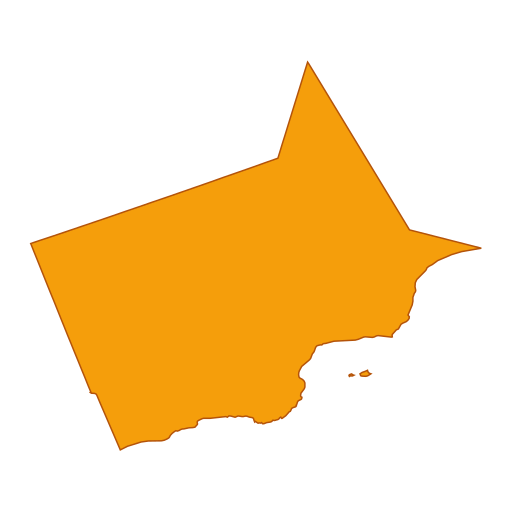 SVG path tracing the border of Dhofar
{"feature_id": "OMN-2411", "entity_name": "Dhofar", "entity_type": "Province", "adm_level": 1, "iso_a3": "OMN", "parent_name": "Oman", "parent_adm1": "", "projection": "albers", "projection_center": [54.841, 18.87], "detail": "fine", "context": "isolated", "style": "filled", "palette": "amber", "viewbox_px": 512, "rotation_deg": 0, "n_neighbors": 0, "source": "natural_earth", "source_scale": "10m", "svg_char_len": 3204}
<svg xmlns="http://www.w3.org/2000/svg" viewBox="0 0 512 512"><path d="M31.3,244.9L30.7,243.5L39.9,240.4L54.1,235.7L68.3,230.9L82.4,226.1L96.6,221.3L110.7,216.5L124.8,211.6L138.9,206.8L153.0,201.9L167.1,197.1L181.2,192.2L195.3,187.3L209.4,182.4L223.4,177.4L237.5,172.5L251.5,167.6L265.5,162.6L277.9,158.2L280.5,149.8L281.0,148.1L282.5,143.2L284.9,135.6L287.9,125.8L291.5,114.2L295.5,101.2L299.8,87.4L304.2,73.1L307.6,62.1L308.7,63.7L409.5,229.9L481.3,248.2L461.7,251.6L451.6,254.6L437.7,260.6L432.4,264.5L428.9,266.3L427.0,267.8L426.2,269.7L425.6,270.6L416.8,279.5L415.3,282.7L415.0,286.8L415.6,289.7L415.7,290.7L415.4,291.8L414.2,293.5L413.8,294.9L413.1,296.7L412.9,297.6L412.9,301.2L412.2,304.9L408.0,315.0L409.3,316.7L409.1,318.5L407.9,320.2L406.3,321.6L402.7,323.2L401.0,324.3L398.5,328.8L397.9,329.3L396.8,329.6L396.2,330.0L392.4,334.3L392.1,335.0L392.3,336.9L391.3,337.1L378.3,335.6L376.7,335.8L374.2,337.0L372.4,337.4L365.3,336.8L363.6,337.1L358.3,339.3L355.2,340.1L334.0,341.2L325.7,343.4L323.8,343.6L323.1,343.8L322.7,344.1L322.3,344.6L321.8,344.9L320.3,344.9L320.2,344.9L317.5,345.6L316.7,346.0L315.6,347.4L314.4,350.9L313.7,352.3L312.4,353.8L312.1,354.5L310.8,358.0L310.5,358.6L309.4,359.9L301.7,366.4L299.4,370.7L298.8,372.4L298.6,374.5L298.9,376.8L299.8,378.0L302.6,379.5L304.2,381.2L304.9,383.0L304.9,387.0L304.3,388.7L300.9,393.3L300.8,394.1L300.6,395.3L300.7,396.4L301.2,396.9L301.9,397.2L301.9,397.8L301.5,399.0L301.1,399.4L298.9,400.5L298.1,401.0L297.6,401.8L297.3,402.5L296.9,404.0L296.1,405.4L296.4,405.8L295.6,406.8L293.1,407.6L291.8,408.3L291.4,409.0L290.9,410.2L290.3,411.3L289.2,411.8L285.8,415.7L282.1,418.4L281.6,418.4L280.8,417.1L279.8,417.7L278.8,419.0L277.8,419.6L276.5,419.9L275.3,420.3L274.1,420.5L272.9,420.2L271.6,421.6L270.1,422.1L266.7,422.6L263.9,423.7L262.5,423.7L261.6,422.6L260.6,423.1L259.1,422.9L258.1,423.2L255.3,421.4L254.7,422.0L254.0,420.3L253.6,418.8L252.7,417.7L249.3,417.1L246.9,416.2L245.8,416.1L244.9,416.2L243.2,416.6L242.1,416.6L239.2,416.1L238.1,416.0L237.2,416.3L235.5,417.1L235.0,417.2L231.0,416.1L229.0,415.9L227.3,417.2L226.5,416.8L225.7,416.6L210.2,418.3L203.6,418.3L202.1,418.7L198.4,420.5L197.5,421.2L197.2,422.0L197.2,422.7L197.4,423.3L197.5,424.0L197.2,424.7L196.1,425.8L195.8,426.3L194.9,427.2L192.7,427.6L188.9,427.8L183.9,428.9L182.3,429.0L180.8,429.5L179.1,430.5L177.3,431.1L175.8,430.7L174.3,431.7L172.1,433.4L170.3,435.4L169.5,437.0L168.8,437.9L167.2,438.9L164.3,440.2L161.5,440.8L148.2,441.0L141.1,442.0L127.4,446.3L120.3,449.9L115.2,438.0L110.1,426.2L105.0,414.3L99.9,402.5L96.8,395.1L95.9,393.9L94.5,393.4L91.4,393.2L90.2,392.4L90.3,392.3L90.7,392.3L90.9,392.2L88.3,386.0L84.9,377.5L81.4,369.0L78.0,360.6L74.5,352.1L71.1,343.7L67.6,335.2L64.2,326.7L60.8,318.3L57.4,309.8L54.0,301.3L50.5,292.8L47.1,284.4L43.7,275.9L40.3,267.4L36.9,258.9L33.5,250.5L31.3,244.9ZM367.5,370.3L367.8,371.5L368.6,372.7L369.7,373.4L370.9,373.8L368.3,375.5L366.9,376.1L365.6,376.3L361.9,376.1L360.7,375.7L360.0,373.8L362.2,372.4L365.3,371.3L367.5,370.3ZM349.4,376.4L349.0,375.6L349.0,375.4L349.4,374.7L350.4,374.3L351.6,373.9L353.2,375.0L353.9,375.2L352.6,375.9L350.1,375.9L349.4,376.4L349.4,376.4Z" fill="#f59e0b" stroke="#b45309" stroke-width="1.5"/></svg>